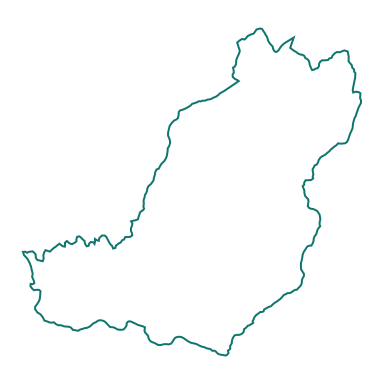 the district of Chapada da Natividade, Tocantins, Brazil
{"feature_id": "56859067B42191858406182", "entity_name": "Chapada da Natividade", "entity_type": "district", "adm_level": 2, "iso_a3": "BRA", "parent_name": "Brazil", "parent_adm1": "Tocantins", "projection": "robinson", "projection_center": [-47.867, -11.515], "detail": "fine", "context": "isolated", "style": "outline", "palette": "teal", "viewbox_px": 384, "rotation_deg": 0, "n_neighbors": 0, "source": "geoboundaries", "source_scale": "gbopen_adm2", "svg_char_len": 5918}
<svg xmlns="http://www.w3.org/2000/svg" viewBox="0 0 384 384"><path d="M346.8,142.2L348.0,140.0L350.2,133.5L351.4,131.0L352.5,128.3L352.8,126.1L353.0,123.7L354.0,119.8L354.8,117.5L355.8,116.0L356.3,114.0L357.8,109.8L358.5,107.7L359.7,105.4L361.0,102.9L361.0,100.4L360.1,98.2L360.4,93.3L358.7,92.1L355.7,91.7L353.2,92.5L352.7,89.7L355.2,77.2L355.4,73.1L354.2,71.7L354.1,69.5L352.3,67.7L351.8,65.3L348.5,61.2L348.7,58.4L348.7,56.2L348.2,54.3L347.7,51.5L344.3,50.4L342.0,51.3L339.7,52.3L337.1,52.0L334.9,53.2L332.7,55.4L331.6,57.8L329.4,58.4L327.9,60.1L324.6,60.3L322.2,60.3L320.3,61.6L319.2,63.4L318.9,66.2L317.7,68.2L315.7,68.6L314.0,69.7L312.1,70.1L310.8,67.5L309.8,64.9L309.5,62.9L308.7,60.6L307.2,59.0L305.4,58.2L304.3,55.9L302.3,54.7L300.5,54.6L298.0,53.4L295.8,51.8L293.6,50.5L290.2,47.9L293.7,37.6L291.7,38.8L285.5,42.6L283.5,44.0L281.6,45.8L280.0,48.0L278.2,50.7L276.3,52.0L274.6,51.4L273.2,49.1L272.6,46.4L270.8,44.6L269.1,42.4L268.0,40.3L267.5,38.3L266.7,36.4L265.5,34.7L264.8,33.0L263.5,31.3L262.2,29.1L260.2,28.5L256.5,29.5L253.8,33.5L251.8,34.2L249.8,34.9L247.4,36.3L246.0,38.3L244.5,39.5L242.0,39.0L239.3,40.7L237.2,42.6L238.8,47.8L239.7,50.1L239.6,52.0L238.0,55.9L237.0,58.0L236.2,60.5L236.1,64.0L234.9,66.5L233.0,67.7L233.6,70.0L233.8,72.7L232.6,74.6L232.8,77.1L235.2,79.1L237.2,80.0L238.7,81.1L223.7,91.3L220.0,93.3L218.2,95.1L216.4,96.4L214.8,97.2L213.0,97.8L211.5,98.8L209.6,99.4L207.4,99.6L205.0,100.7L202.5,100.7L200.7,101.4L198.9,101.2L197.2,102.2L194.6,103.1L192.1,103.9L190.8,105.3L189.2,106.5L185.1,108.7L182.9,109.6L180.1,110.4L178.7,112.3L178.6,115.3L178.0,118.0L176.4,119.5L174.4,120.4L172.4,122.2L170.8,124.3L169.6,126.1L169.0,128.6L168.3,131.7L168.0,133.7L168.1,135.7L169.2,138.4L170.0,140.8L170.1,143.1L169.2,146.0L167.7,148.4L167.6,150.9L167.2,154.0L166.7,156.3L165.9,158.3L164.4,161.0L162.0,163.2L160.6,165.1L159.6,167.0L158.7,168.7L156.5,169.5L155.2,172.3L155.0,174.3L154.3,176.4L153.8,178.3L153.5,180.5L150.8,184.2L148.5,186.1L147.4,188.3L147.0,190.9L146.1,193.3L145.0,194.8L144.6,197.2L143.6,200.2L143.8,203.8L143.4,206.8L144.1,208.8L143.0,210.2L141.4,211.2L139.9,212.5L139.4,214.7L138.6,216.6L138.1,219.2L135.4,220.3L133.3,220.7L131.1,221.3L132.4,223.3L132.0,225.8L131.0,228.1L130.9,230.8L131.9,233.0L132.3,235.3L130.3,236.8L127.6,237.1L125.3,237.0L124.0,239.5L122.1,240.3L120.8,242.4L118.6,243.6L115.9,245.6L115.3,248.0L113.1,248.5L112.1,245.9L110.2,244.1L108.7,241.5L106.3,236.9L104.6,235.5L101.8,235.6L99.3,238.1L98.8,240.8L97.0,240.3L95.0,239.0L95.1,241.5L94.5,243.9L93.3,242.3L90.9,242.0L89.3,243.4L88.6,245.8L86.7,246.3L85.6,244.7L84.8,243.0L84.6,241.0L82.6,239.3L80.8,237.3L79.1,236.3L77.1,236.9L76.4,239.2L76.4,241.4L74.3,243.0L72.1,244.1L70.3,243.7L68.7,242.7L66.9,241.0L65.0,242.7L64.9,246.6L63.0,246.3L61.1,245.1L59.5,243.7L57.7,245.0L55.7,246.7L53.4,248.3L51.4,250.1L50.0,251.6L48.0,251.0L45.5,250.2L44.0,252.8L43.3,255.6L43.7,258.5L42.7,261.2L37.3,260.0L35.9,258.0L35.6,254.4L34.2,252.7L32.6,251.4L28.9,251.8L27.1,252.8L25.3,251.7L23.0,251.9L24.0,255.1L26.0,257.2L27.3,258.6L28.3,260.3L29.5,262.7L30.4,264.9L31.1,267.0L31.5,268.9L32.7,273.8L32.1,276.6L32.8,278.5L33.7,280.4L34.3,283.2L32.7,284.2L30.7,283.9L30.4,286.1L32.3,288.8L34.0,290.2L36.6,289.8L39.1,289.9L40.5,291.2L39.9,297.9L39.4,300.3L38.2,302.4L36.8,304.6L35.1,306.8L35.2,309.5L36.4,310.9L37.4,312.5L39.8,313.8L41.6,315.7L43.0,317.6L44.4,320.6L47.4,321.5L49.3,322.4L51.4,322.7L53.9,322.3L55.9,324.1L58.4,325.3L61.0,325.2L64.1,326.4L69.2,326.8L71.2,327.8L72.8,329.8L75.2,330.2L78.1,330.8L80.2,329.5L82.4,329.0L84.7,328.1L87.2,327.8L90.2,326.3L92.4,324.1L94.1,322.9L96.0,322.2L97.9,320.7L100.1,320.2L102.2,320.5L104.7,321.5L106.4,323.1L109.9,326.9L111.6,327.2L113.4,327.3L115.2,328.1L117.2,329.3L119.1,329.7L121.5,329.8L123.7,329.4L125.0,327.9L126.5,325.7L126.8,322.9L128.3,321.5L130.1,321.3L132.0,322.0L133.8,322.9L135.8,323.8L137.8,324.9L141.3,325.9L143.1,326.4L145.0,327.4L144.5,330.3L144.9,332.2L146.6,334.1L148.1,335.8L148.4,337.8L149.2,339.5L150.5,341.3L152.4,342.2L154.0,342.8L155.9,343.7L157.9,344.9L160.4,345.1L162.2,344.6L164.7,344.1L167.0,344.2L168.7,344.4L171.1,343.6L172.8,341.3L174.0,339.3L175.3,337.7L177.5,336.9L179.9,336.8L181.5,337.1L183.4,338.0L184.9,339.1L188.4,341.5L190.6,342.6L192.3,343.1L194.5,343.5L196.6,344.1L199.3,345.6L201.7,346.6L203.5,347.0L205.3,347.6L207.2,348.5L209.4,348.8L210.9,349.4L212.3,350.8L214.6,350.7L216.1,351.8L217.5,353.4L219.4,354.4L221.4,354.8L223.6,355.2L225.8,355.5L227.4,354.5L228.5,352.9L227.9,350.7L230.2,349.0L230.2,345.8L231.8,343.3L231.9,340.9L232.8,338.1L234.4,335.5L236.5,334.9L239.0,334.9L240.9,334.3L242.5,333.3L243.7,331.8L244.0,329.2L246.0,327.8L247.8,325.7L249.6,325.2L251.5,323.9L253.2,323.0L252.6,321.1L253.6,319.4L254.3,317.5L256.0,315.2L258.3,313.6L260.0,312.1L261.8,312.0L263.6,311.4L264.1,309.5L266.2,308.3L268.7,307.0L271.1,306.1L273.3,303.9L274.8,302.7L276.7,301.7L278.3,300.3L279.9,299.3L281.8,297.4L283.7,295.1L285.9,294.1L287.6,293.1L289.4,293.1L291.4,292.4L293.2,290.9L295.1,289.9L297.1,289.6L298.4,288.0L300.0,286.4L301.1,284.8L301.8,283.0L301.9,280.6L302.5,278.3L303.8,276.4L304.0,274.0L301.1,269.4L300.9,266.4L300.9,263.4L301.7,260.3L302.3,257.3L302.7,254.5L303.9,251.7L305.5,249.3L306.6,247.5L307.8,246.2L309.7,245.6L311.4,245.6L312.6,243.5L313.5,241.2L313.7,238.9L314.4,236.6L316.2,234.3L317.5,229.8L318.7,227.9L320.2,226.3L319.6,224.5L319.6,222.5L320.3,219.7L320.0,216.8L319.5,214.5L317.4,211.2L315.4,210.0L313.1,209.0L310.7,208.7L309.1,207.9L307.8,206.3L308.1,203.8L308.5,201.6L308.2,199.4L305.1,195.9L304.4,192.9L304.4,190.7L303.4,188.2L302.7,186.0L304.1,184.9L304.2,182.6L305.5,180.3L310.9,180.1L313.2,178.5L312.7,176.5L313.4,174.3L312.8,171.6L312.6,169.2L313.7,167.5L314.7,165.4L316.9,164.5L318.0,162.3L318.9,159.7L320.5,157.5L322.8,155.9L325.0,154.9L327.0,153.1L329.4,151.2L330.7,149.6L334.1,146.8L336.4,145.2L338.2,143.3L340.5,143.7L342.8,143.5L345.0,143.3L346.8,142.2Z" fill="none" stroke="#0f766e" stroke-width="2"/></svg>